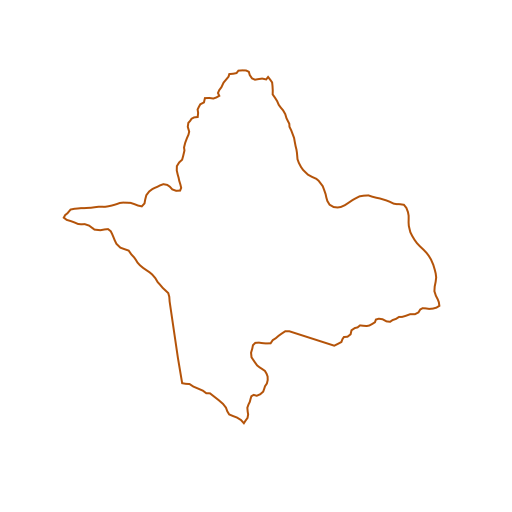 Mirabela, Minas Gerais, Brazil (Natural Earth projection), rotated 130°
{"feature_id": "56859067B89998695368113", "entity_name": "Mirabela", "entity_type": "district", "adm_level": 2, "iso_a3": "BRA", "parent_name": "Brazil", "parent_adm1": "Minas Gerais", "projection": "natural_earth1", "projection_center": [-44.162, -16.258], "detail": "fine", "context": "isolated", "style": "outline", "palette": "amber", "viewbox_px": 512, "rotation_deg": 130, "n_neighbors": 0, "source": "geoboundaries", "source_scale": "gbopen_adm2", "svg_char_len": 3848}
<svg xmlns="http://www.w3.org/2000/svg" viewBox="0 0 512 512"><g transform="rotate(130 256 256)"><path d="M111.1,361.8L114.2,361.7L116.1,365.3L119.2,368.1L121.6,370.1L122.5,373.2L121.4,377.1L119.5,379.9L120.3,382.9L122.4,385.6L125.3,388.6L128.4,388.5L131.0,390.6L133.8,393.4L136.3,392.3L139.5,392.3L144.0,392.3L148.9,391.0L152.5,390.8L155.6,389.9L156.9,387.1L160.1,388.3L162.8,389.9L164.9,393.3L167.9,396.6L171.8,394.6L175.6,396.2L178.6,395.6L181.3,394.9L183.6,392.3L187.0,390.0L189.6,392.5L192.3,393.6L194.8,393.3L197.5,393.4L200.9,391.3L203.7,387.1L206.5,385.7L210.0,384.7L214.8,383.0L219.1,380.9L221.2,378.6L223.6,377.4L226.4,376.0L229.7,374.5L233.7,375.0L238.0,374.4L241.4,371.7L243.9,368.4L245.8,365.6L247.7,363.2L249.9,359.8L251.9,357.1L254.7,356.2L257.4,359.1L258.8,363.0L258.3,366.5L258.6,369.7L260.5,373.1L263.6,374.9L266.3,376.0L268.8,377.3L271.3,378.4L275.2,379.3L279.9,379.1L283.9,377.2L287.4,375.2L291.4,375.4L293.2,378.8L294.4,382.4L295.9,386.2L298.6,389.7L300.5,392.1L302.9,394.4L305.5,395.9L307.7,397.3L310.3,399.1L313.1,401.3L315.3,403.2L317.4,405.8L319.4,408.2L322.2,410.8L325.1,413.4L327.2,415.7L329.6,418.2L331.8,420.8L334.3,423.2L336.6,425.5L339.6,427.9L344.5,427.9L347.3,428.5L350.2,427.9L350.0,424.2L348.3,420.3L347.0,416.7L345.9,413.0L344.1,410.3L341.7,407.7L340.0,403.4L339.6,396.7L336.3,391.8L332.8,388.9L330.5,386.6L330.4,383.2L331.6,380.4L333.2,377.3L334.8,374.3L336.4,370.7L336.8,365.3L335.5,361.7L333.7,357.0L334.9,352.6L335.4,348.5L336.2,345.5L337.2,342.6L337.7,339.0L337.7,335.0L337.3,330.8L336.9,327.1L336.9,323.7L337.7,318.8L339.2,314.6L339.6,311.6L340.4,306.9L340.8,299.4L343.0,296.2L346.4,292.9L384.1,250.5L400.9,230.8L399.1,227.7L396.8,224.6L396.3,220.1L394.6,214.5L393.3,210.1L393.1,205.9L390.8,203.0L390.6,197.3L390.4,191.7L390.5,186.2L391.5,181.5L393.4,178.2L394.6,174.7L393.4,170.8L392.0,166.8L391.3,162.1L391.9,157.8L388.8,158.2L385.5,158.4L382.4,160.2L380.5,162.4L377.8,165.1L374.6,166.3L371.7,167.0L369.0,168.3L366.4,169.4L363.9,168.5L362.6,165.6L359.2,163.9L355.3,163.3L352.6,164.3L349.9,165.4L346.7,165.7L343.5,167.3L340.9,169.6L339.4,172.2L338.3,175.3L338.6,178.6L339.0,181.7L339.1,184.8L338.0,189.1L336.5,194.3L333.3,197.6L329.2,199.4L326.3,201.0L323.0,200.7L320.5,198.1L318.9,195.5L316.6,192.2L313.5,188.7L309.7,189.1L306.3,188.0L302.6,187.4L299.1,186.5L294.8,185.2L292.2,182.0L274.4,138.4L270.7,136.8L267.0,135.3L264.2,136.3L261.6,136.6L259.0,134.0L255.2,133.2L251.5,135.1L247.7,134.0L245.4,132.3L242.3,131.7L240.5,129.0L238.5,126.2L236.4,124.5L233.4,123.3L230.3,122.3L227.6,123.3L225.1,121.6L223.1,118.4L222.2,114.0L220.2,111.0L217.3,110.2L214.1,108.3L210.8,107.3L208.7,104.9L205.7,102.9L201.5,100.5L198.4,96.8L194.8,95.3L191.4,95.8L188.9,94.8L187.1,92.4L185.2,89.3L182.6,86.7L179.6,84.6L176.3,83.5L173.9,86.2L172.4,88.9L170.8,92.7L168.3,96.7L164.5,99.5L160.3,101.8L156.6,104.2L153.9,107.1L151.7,110.1L148.8,114.5L146.2,119.7L144.8,123.8L144.0,127.3L143.5,131.6L143.2,136.8L142.7,141.0L141.7,145.0L140.2,149.3L138.6,153.0L136.8,155.5L134.7,158.3L132.2,160.7L129.6,162.8L127.0,165.0L124.7,167.8L122.5,171.7L121.7,175.6L123.9,179.2L125.8,181.5L127.4,184.2L128.5,188.5L129.7,192.0L131.1,195.3L132.3,198.1L134.1,201.4L135.9,205.2L137.3,208.8L140.5,212.2L143.7,215.0L146.3,216.1L148.7,217.1L151.1,218.0L156.0,219.4L160.0,220.6L163.9,222.5L166.4,224.7L168.6,228.0L169.4,232.6L168.0,236.7L166.0,239.7L163.9,242.4L161.5,246.4L159.6,249.8L158.8,253.3L158.1,256.4L158.1,259.4L159.4,264.0L160.3,268.5L160.1,271.5L159.8,275.3L158.9,278.7L157.1,283.1L155.2,286.4L152.9,288.7L150.6,291.0L148.5,293.4L146.3,296.4L143.7,299.6L141.1,302.7L139.4,305.7L137.1,309.8L135.5,313.4L133.3,315.5L132.0,318.6L130.8,321.3L128.5,324.8L127.0,328.9L126.4,332.4L125.6,335.7L123.8,339.3L122.6,343.0L121.5,347.1L118.5,349.5L115.2,352.6L112.7,355.2L111.9,358.1L111.1,361.8Z" fill="none" stroke="#b45309" stroke-width="2"/></g></svg>